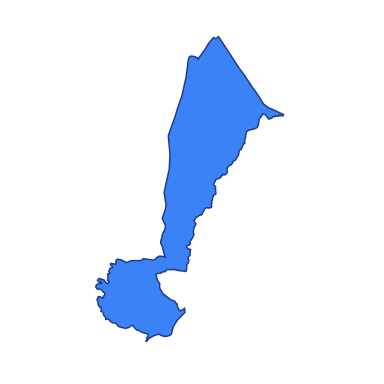 Maçambará, Rio Grande do Sul, Brazil, rotated 106°
{"feature_id": "56859067B60830385241918", "entity_name": "Maçambará", "entity_type": "district", "adm_level": 2, "iso_a3": "BRA", "parent_name": "Brazil", "parent_adm1": "Rio Grande do Sul", "projection": "albers", "projection_center": [-55.63, -29.047], "detail": "fine", "context": "isolated", "style": "filled", "palette": "blue", "viewbox_px": 384, "rotation_deg": 106, "n_neighbors": 0, "source": "geoboundaries", "source_scale": "gbopen_adm2", "svg_char_len": 4352}
<svg xmlns="http://www.w3.org/2000/svg" viewBox="0 0 384 384"><g transform="rotate(106 192 192)"><path d="M277.0,245.0L278.0,245.9L279.0,246.1L282.4,245.4L282.7,247.6L283.2,250.6L284.5,250.1L285.7,247.8L286.6,247.6L287.0,248.6L288.3,249.9L291.4,250.1L292.7,248.6L294.1,250.5L296.0,249.5L297.6,249.2L300.3,248.8L300.9,247.3L301.8,247.1L303.2,247.9L302.8,250.0L302.2,250.8L300.9,252.1L300.6,256.6L300.8,257.6L303.0,258.5L304.2,256.2L303.3,254.7L304.1,253.9L305.1,253.9L305.2,256.1L306.4,257.3L308.8,258.6L309.9,258.2L311.4,256.5L310.9,252.4L311.4,251.0L312.4,250.5L312.9,249.2L313.0,248.0L315.8,247.5L316.6,248.6L318.3,248.2L318.5,250.6L318.0,251.6L318.5,253.3L319.6,253.2L321.0,253.6L322.4,253.3L323.7,252.0L325.3,251.3L327.0,250.7L327.2,249.1L328.5,248.6L328.0,247.4L329.3,246.8L331.0,246.8L331.9,246.6L331.8,245.3L333.0,243.5L334.6,243.3L335.1,242.4L336.4,240.4L338.2,239.9L337.4,237.9L337.2,236.9L338.7,235.3L339.3,233.3L339.7,232.0L339.3,231.2L339.2,229.3L339.8,228.0L340.6,227.2L341.0,226.3L341.6,225.3L341.6,223.9L341.4,222.9L341.7,221.8L341.4,220.4L341.4,218.2L339.3,215.0L337.8,214.1L337.0,213.3L336.5,212.3L338.0,210.4L340.0,207.0L339.7,205.2L340.1,203.5L340.4,202.1L340.9,200.3L340.6,199.1L340.7,195.3L343.0,194.4L344.4,195.3L346.3,194.8L348.7,195.3L347.5,194.3L343.8,192.5L342.7,190.9L341.2,189.8L338.7,186.3L337.8,184.0L338.5,181.5L338.3,180.3L338.5,178.8L337.9,177.7L337.6,176.3L336.6,174.8L335.4,173.4L334.3,172.7L326.6,172.9L318.8,170.6L309.7,165.6L305.9,167.1L307.7,168.5L309.4,170.5L309.0,172.0L307.0,173.7L306.2,174.4L304.6,175.3L303.6,175.6L303.2,176.9L301.6,178.9L301.5,182.2L299.7,187.2L297.6,192.1L294.0,195.9L291.8,197.2L289.6,197.5L288.4,198.4L287.5,199.6L286.7,200.6L283.3,202.7L281.3,204.0L280.1,203.0L278.8,200.1L278.3,199.1L276.6,197.9L276.1,196.1L274.8,195.3L273.2,194.3L272.7,191.4L271.9,189.6L271.5,188.3L271.5,186.7L271.1,184.9L271.3,183.9L271.1,182.4L270.3,178.1L270.4,176.8L269.4,175.7L265.5,176.4L263.2,177.1L261.3,176.1L259.1,176.1L257.9,176.4L257.1,177.5L255.7,177.6L253.7,176.6L252.8,176.5L249.5,177.5L247.7,177.5L247.7,178.7L247.5,180.0L246.5,181.8L245.3,182.4L244.3,181.1L243.8,180.0L242.3,179.3L240.2,180.4L238.9,179.8L237.6,179.4L235.8,178.8L234.3,178.9L233.1,178.3L232.0,178.5L231.1,179.3L229.3,180.0L227.7,179.9L226.3,180.6L225.3,180.0L223.9,179.9L222.7,179.4L221.4,179.5L220.9,180.4L219.4,181.7L218.7,182.4L217.1,181.4L216.2,181.4L215.0,181.1L214.2,179.6L212.8,178.9L211.6,176.9L210.8,176.2L209.3,176.2L203.9,174.9L203.1,173.7L202.7,171.1L201.5,169.2L200.5,169.1L198.2,170.2L197.3,169.8L195.9,170.6L194.1,170.2L192.4,170.5L189.1,170.4L188.1,169.2L187.0,168.5L185.0,169.5L183.8,169.6L182.2,170.5L180.4,170.7L178.9,173.5L178.0,173.3L176.5,173.0L175.6,172.7L173.9,172.7L172.3,171.6L172.1,170.3L169.7,168.2L168.4,168.2L167.7,167.3L166.5,167.0L166.7,165.6L165.8,164.5L163.3,163.5L162.0,164.1L160.2,164.6L158.5,164.6L157.7,163.9L156.9,163.9L155.8,163.2L155.2,161.8L153.6,161.4L152.7,160.8L151.9,161.2L150.7,160.7L149.8,159.2L148.0,158.8L147.0,158.5L145.3,158.0L143.8,157.5L139.3,158.0L138.3,157.4L137.6,156.4L136.0,156.4L134.0,155.9L131.8,156.2L130.9,154.6L129.7,155.0L127.9,155.6L125.9,155.7L124.1,155.6L122.7,156.1L121.6,156.1L118.9,156.1L118.1,155.2L116.9,154.7L116.3,153.3L115.6,152.3L114.4,149.8L113.4,148.6L112.8,147.8L111.0,146.8L108.6,147.0L106.8,147.0L103.8,147.4L101.9,147.1L100.6,146.2L98.7,145.9L97.2,144.9L97.4,143.2L98.1,141.9L99.2,140.9L99.8,139.1L100.7,138.8L100.6,137.8L99.5,136.8L99.2,135.7L97.7,135.2L96.8,134.4L97.0,133.4L95.5,132.4L95.8,131.0L95.0,129.8L94.0,129.7L94.5,128.5L93.7,127.1L93.9,125.7L92.3,125.4L91.7,129.3L89.7,142.4L87.7,147.5L80.8,155.1L73.9,163.8L65.1,174.0L60.0,180.8L35.3,209.3L38.1,211.4L37.5,213.9L44.8,217.1L50.6,218.6L59.6,221.8L62.7,222.7L61.2,224.3L61.9,225.2L61.1,226.3L61.4,229.9L62.5,231.6L65.3,232.1L83.4,229.3L96.0,228.6L97.8,228.4L99.4,228.4L102.1,228.2L107.3,228.5L117.5,229.0L123.7,229.0L139.1,230.0L144.5,230.3L162.0,223.5L176.2,220.2L200.1,218.7L203.3,217.2L211.8,213.3L215.5,212.9L218.7,213.0L223.4,213.2L225.7,213.3L231.8,208.1L235.3,207.8L240.8,208.8L243.2,208.4L247.4,208.5L249.3,208.2L250.2,207.7L251.8,206.0L260.9,200.7L261.9,199.6L262.4,205.3L264.5,207.6L267.0,209.0L267.9,209.9L268.3,211.7L269.5,220.4L271.9,221.9L274.8,231.6L276.5,233.7L277.1,234.5L277.8,235.3L276.8,241.3L277.0,245.0Z" fill="#3b82f6" stroke="#1e3a8a" stroke-width="1.5"/></g></svg>